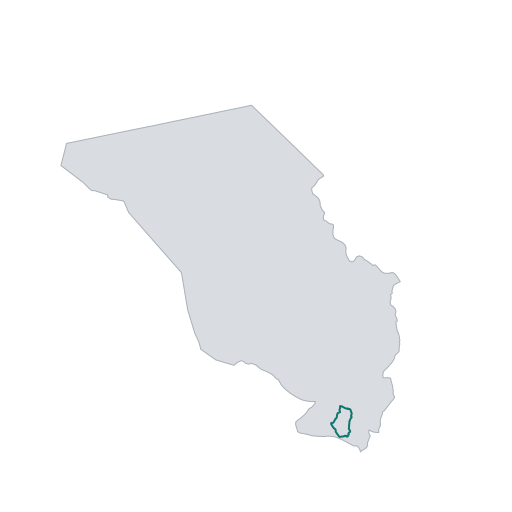 where Logone Occidental sits in Chad, rotated 315°
{"feature_id": "TCD-1484", "entity_name": "Logone Occidental", "entity_type": "Prefecture", "adm_level": 1, "iso_a3": "TCD", "parent_name": "Chad", "parent_adm1": "", "projection": "equal_earth", "projection_center": [15.903, 8.748], "detail": "fine", "context": "in_parent", "style": "outline", "palette": "teal", "viewbox_px": 512, "rotation_deg": 315, "n_neighbors": 0, "source": "natural_earth", "source_scale": "10m", "svg_char_len": 5369}
<svg xmlns="http://www.w3.org/2000/svg" viewBox="0 0 512 512"><g transform="rotate(315 256 256)"><path d="M359.4,146.2L359.6,158.1L359.8,169.9L360.0,181.8L360.2,193.6L360.4,205.5L360.6,217.4L360.7,229.3L360.9,241.3L361.0,245.2L360.8,246.8L360.6,247.0L360.3,247.3L355.5,246.2L353.4,246.2L350.5,247.0L346.3,247.5L343.5,247.3L341.6,249.4L340.2,251.9L340.9,257.8L340.8,259.8L340.2,261.8L339.0,263.6L337.7,265.0L336.9,266.2L336.0,268.9L335.3,270.1L335.4,271.8L335.2,273.6L334.4,274.5L332.4,275.2L331.1,276.0L330.1,277.3L329.4,278.2L329.8,279.5L330.3,281.2L330.6,283.8L330.9,285.4L331.9,286.6L332.5,287.6L332.7,288.7L332.1,289.6L329.7,291.5L328.7,292.2L327.6,293.2L327.2,293.6L325.4,295.4L324.6,297.0L324.1,298.4L324.2,300.3L325.1,303.1L326.1,305.4L326.5,307.2L326.8,309.2L326.7,311.1L326.2,312.7L325.3,314.1L322.0,316.9L320.3,319.9L319.1,323.6L318.7,325.6L319.1,326.9L319.8,328.1L320.8,328.6L322.3,328.8L324.7,328.2L326.9,327.8L329.3,329.1L330.6,332.2L330.1,334.4L331.1,338.5L331.9,343.4L331.9,345.1L332.2,345.7L333.7,346.0L334.1,347.2L333.7,355.9L334.4,358.3L335.4,360.0L336.5,360.9L337.7,362.1L338.3,362.9L339.6,363.1L341.1,364.6L341.5,366.7L341.4,368.8L340.6,373.2L339.9,376.1L339.1,375.9L337.3,375.2L335.2,374.6L332.6,374.1L330.1,375.3L327.4,376.8L326.6,378.0L325.8,378.7L324.6,378.6L323.5,378.8L322.9,379.9L322.0,381.1L318.1,383.6L317.3,384.6L316.8,385.5L316.8,386.5L317.2,388.5L317.2,391.1L316.4,393.2L315.4,394.6L314.2,395.1L313.3,395.4L312.7,396.3L310.7,401.0L309.8,401.9L308.0,401.7L302.9,408.8L302.4,410.9L300.6,413.9L298.2,417.2L296.1,418.8L295.9,419.4L295.4,420.0L294.1,420.7L289.5,424.7L284.1,424.6L281.7,426.1L279.4,426.8L276.0,427.6L274.9,427.5L270.6,427.9L265.4,427.7L263.5,428.3L261.6,429.8L260.3,431.2L260.1,431.6L260.3,432.2L260.2,432.6L263.8,435.9L264.7,437.5L263.8,439.1L263.4,439.3L262.8,440.6L260.7,444.3L257.5,448.7L255.8,450.0L255.2,450.8L254.3,453.7L253.8,454.1L251.6,454.5L247.2,454.8L241.2,455.7L237.6,456.1L235.3,455.8L232.2,457.8L231.0,458.3L230.3,458.5L227.2,460.4L224.6,463.4L223.7,464.0L220.0,465.3L218.5,467.4L217.9,467.6L215.5,464.8L213.9,462.3L213.1,459.8L213.0,459.0L212.6,459.1L211.3,460.3L210.2,461.5L209.7,463.9L205.9,465.6L202.6,467.0L201.2,468.7L198.9,469.6L196.0,469.3L193.7,468.5L191.5,468.3L192.6,466.1L193.0,464.5L193.1,462.5L192.9,461.1L191.6,460.4L190.8,459.4L188.9,453.1L186.9,446.6L184.2,440.2L181.2,436.1L179.0,433.6L178.3,433.3L177.2,432.5L176.5,431.8L172.5,427.5L168.4,422.6L167.3,420.4L165.3,417.1L163.0,413.7L161.8,412.2L161.3,409.4L162.9,406.9L164.5,403.7L166.6,401.6L169.3,401.5L173.8,402.3L178.6,402.6L183.3,402.0L184.5,401.5L185.8,401.5L188.3,402.3L192.8,402.1L195.1,400.8L192.6,398.6L189.9,395.2L187.4,391.4L185.9,387.9L184.6,383.5L183.3,378.0L182.5,370.9L182.6,366.9L183.0,364.0L184.4,359.3L183.5,356.6L183.7,354.4L183.6,351.1L183.1,349.4L181.4,344.0L181.1,343.4L179.5,339.7L178.9,333.4L177.2,329.2L174.4,327.2L172.8,324.8L172.3,320.5L171.2,319.4L166.8,317.9L163.2,317.8L160.6,313.0L157.2,306.8L154.1,301.0L152.1,289.4L151.0,282.8L152.3,280.8L154.9,276.1L158.2,267.1L165.7,253.2L169.5,246.0L177.0,235.4L186.3,222.4L191.5,215.1L192.4,201.7L193.3,187.7L194.0,177.0L194.8,164.4L195.5,153.9L196.0,146.3L196.7,135.5L197.4,133.4L201.0,124.9L201.2,123.8L200.6,122.4L195.4,115.2L193.8,113.6L192.9,109.8L194.2,107.7L188.1,95.7L186.6,94.2L185.9,92.7L185.8,90.6L185.8,82.3L184.1,69.3L182.0,54.1L189.2,49.8L194.7,46.6L201.6,42.4L208.1,46.7L217.4,52.8L226.8,59.0L236.2,65.2L245.6,71.4L255.0,77.6L264.4,83.8L273.8,90.1L283.3,96.3L292.8,102.5L302.2,108.7L311.7,115.0L321.2,121.2L330.8,127.5L340.3,133.7L349.8,140.0L359.4,146.2Z" fill="#d9dde1" stroke="#a8b0b8" stroke-width="1"/><path d="M209.2,421.7L209.5,421.7L209.7,422.1L210.5,423.3L210.7,424.1L210.8,424.5L210.9,425.0L211.1,425.4L211.2,425.6L211.3,426.3L211.4,426.5L211.5,426.7L211.9,427.6L212.3,428.2L212.4,428.4L212.5,428.6L212.9,428.7L213.0,428.7L213.0,428.9L213.0,429.3L213.1,429.5L213.3,429.6L213.5,429.7L213.8,430.1L214.0,430.4L214.0,430.8L214.1,431.4L212.4,434.9L211.9,435.4L211.2,435.8L210.7,435.9L210.3,436.1L209.9,436.5L209.7,437.5L209.4,437.7L207.8,437.9L204.9,439.1L204.0,440.1L202.4,441.3L202.2,441.4L202.1,441.5L201.6,442.1L199.9,443.4L199.3,444.1L199.1,445.1L199.1,445.4L199.1,445.6L198.4,446.7L198.3,446.8L198.1,446.8L197.8,446.8L196.7,446.6L196.3,446.7L195.9,446.9L195.9,447.0L195.6,447.5L195.3,447.8L195.2,447.8L194.8,447.9L194.7,447.9L194.6,448.0L194.4,448.1L194.2,448.2L193.5,448.3L193.4,448.3L193.2,448.3L193.2,448.1L193.2,447.8L192.9,447.8L192.7,447.8L192.4,447.7L192.3,447.4L192.3,447.1L192.4,446.8L192.3,446.7L192.2,446.6L192.0,446.4L191.8,446.2L191.7,446.0L191.6,445.9L191.4,445.8L191.0,445.7L190.5,445.7L190.3,445.5L188.9,444.2L188.1,443.8L187.3,443.1L187.3,442.8L187.2,442.4L187.2,442.0L187.2,441.7L188.0,437.1L188.1,436.9L188.2,436.6L189.4,435.2L189.5,434.9L189.4,434.4L189.5,433.8L189.5,433.7L189.4,433.5L189.4,433.1L189.3,432.8L189.4,431.9L189.5,431.3L190.3,428.1L190.5,427.8L191.2,427.4L191.5,427.8L191.7,428.0L192.1,428.2L192.3,428.3L192.5,428.4L192.8,428.4L193.3,428.4L193.9,428.3L197.1,427.3L197.8,427.5L198.3,427.5L198.6,427.4L201.6,425.3L202.0,425.1L202.5,425.0L202.9,425.0L204.9,425.8L205.0,425.8L205.1,425.7L205.3,425.5L205.5,425.1L205.8,424.5L206.0,424.1L206.1,423.9L206.3,423.8L207.0,423.4L207.5,423.2L207.9,423.0L208.1,423.0L208.3,422.8L208.4,422.6L209.0,421.8L209.2,421.7Z" fill="none" stroke="#0f766e" stroke-width="2"/></g></svg>